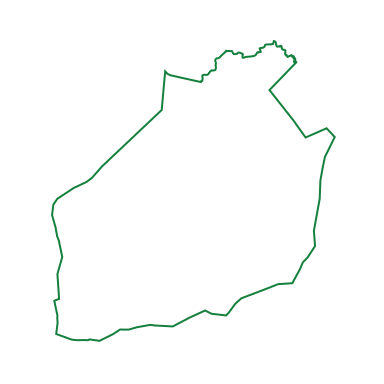 Zapotitlán Lagunas, Guerrero, Mexico, rotated 5°
{"feature_id": "50627088B79587676431474", "entity_name": "Zapotitlán Lagunas", "entity_type": "district", "adm_level": 2, "iso_a3": "MEX", "parent_name": "Mexico", "parent_adm1": "Guerrero", "projection": "albers", "projection_center": [-98.37, 17.786], "detail": "fine", "context": "isolated", "style": "outline", "palette": "green", "viewbox_px": 384, "rotation_deg": 5, "n_neighbors": 0, "source": "geoboundaries", "source_scale": "gbopen_adm2", "svg_char_len": 4747}
<svg xmlns="http://www.w3.org/2000/svg" viewBox="0 0 384 384"><g transform="rotate(5 192 192)"><path d="M90.7,349.6L97.5,348.9L101.3,348.7L102.7,347.8L112.9,348.3L125.8,340.4L132.3,335.3L140.9,334.6L148.7,331.6L162.0,328.0L166.8,328.2L184.6,327.6L199.8,317.8L215.4,308.9L222.1,311.6L236.8,312.0L239.2,308.9L244.7,299.8L250.4,293.6L253.3,292.2L275.0,281.7L285.8,276.3L299.9,274.1L306.3,259.4L308.5,252.5L312.9,247.1L319.3,235.1L316.8,220.0L319.8,187.7L318.9,169.2L320.1,156.1L321.3,145.7L329.4,124.8L320.5,116.8L300.4,127.8L286.3,111.3L260.3,83.7L284.6,53.7L284.3,53.2L284.2,53.0L283.8,52.7L283.5,52.7L283.3,52.8L283.1,53.0L282.9,53.4L282.7,53.5L282.4,53.6L282.2,53.3L282.2,53.1L282.3,53.0L282.3,52.8L282.5,52.5L282.6,52.2L283.0,51.8L283.1,51.5L283.3,51.2L283.2,50.9L283.2,50.7L283.1,50.4L283.1,50.0L282.9,49.8L282.6,49.7L282.4,49.8L282.2,50.1L281.8,50.3L281.6,50.2L281.5,49.8L281.5,49.7L281.7,49.2L281.7,48.9L281.8,48.5L281.6,48.1L281.4,48.0L281.1,47.8L280.8,47.8L280.6,47.8L280.5,48.0L280.3,48.3L280.1,48.3L279.9,48.4L279.7,48.3L279.7,48.2L279.6,47.9L279.7,47.6L279.4,47.2L279.2,47.0L278.9,47.1L278.6,47.2L278.4,47.3L278.1,47.5L277.7,47.8L277.4,47.9L277.0,48.1L276.7,48.3L276.5,48.5L276.3,48.7L275.9,49.0L275.6,49.1L275.4,48.9L275.1,48.8L274.9,48.4L274.8,48.2L274.7,47.9L274.4,47.4L274.0,47.2L273.7,47.5L273.5,47.3L273.2,47.1L272.9,46.8L272.8,46.6L272.8,46.3L272.7,46.1L272.7,45.8L272.6,45.5L272.7,45.3L272.9,44.9L272.8,44.5L272.8,44.2L272.8,43.5L272.7,43.0L272.4,42.7L272.2,42.5L271.9,42.3L271.5,42.4L271.2,42.4L270.6,42.4L270.2,42.1L269.8,41.9L269.3,41.7L269.1,41.5L269.0,41.3L268.9,41.0L268.9,40.8L268.8,40.3L268.8,39.8L268.5,39.5L268.4,39.1L268.2,38.8L267.9,38.6L267.6,38.7L267.3,38.7L267.3,39.0L267.2,39.1L267.1,39.3L266.9,39.4L266.6,39.5L266.4,39.5L266.2,39.4L265.8,39.4L265.4,39.5L264.5,39.8L264.2,39.7L263.9,39.6L263.7,39.4L263.5,39.1L263.4,38.7L263.0,38.0L262.8,37.3L262.7,36.9L262.6,36.5L262.5,36.0L262.4,35.6L262.1,35.3L261.8,35.1L261.4,34.7L260.9,34.5L260.5,34.4L260.3,34.6L260.2,34.9L260.2,35.1L260.2,35.6L260.1,36.1L260.0,36.6L259.9,37.0L259.9,37.4L259.7,37.5L259.4,37.6L259.1,37.6L258.8,37.7L258.4,37.8L258.1,37.9L257.7,37.9L257.5,38.1L257.3,38.1L256.7,38.2L256.1,38.2L254.7,38.4L254.2,38.5L253.7,38.5L253.3,38.6L252.9,38.7L252.5,38.8L252.2,39.0L251.9,39.3L251.8,39.6L251.8,39.9L251.7,40.3L251.7,40.7L251.5,41.1L251.1,41.4L250.8,41.6L250.6,41.8L250.3,42.0L250.1,42.1L249.8,42.1L249.4,42.2L249.1,42.3L248.6,42.4L248.1,42.5L247.7,42.6L247.3,42.7L247.0,43.0L246.9,43.4L247.1,43.7L247.2,43.8L247.3,44.2L247.6,44.6L247.8,45.2L248.0,45.7L248.2,46.1L248.3,46.5L248.1,46.6L247.8,46.7L247.5,46.7L247.1,46.7L246.8,46.9L246.4,46.8L246.0,47.2L245.6,47.0L245.1,47.2L244.7,47.5L244.4,48.0L244.4,48.3L244.2,48.5L244.0,49.1L243.8,49.5L243.5,49.9L243.3,50.2L243.0,50.5L242.5,50.7L242.1,50.9L241.7,51.1L241.3,51.3L240.8,51.3L240.3,51.6L239.8,51.6L239.4,51.7L238.3,52.0L237.8,52.1L237.3,52.1L236.8,52.2L236.3,52.3L235.5,52.5L234.4,52.6L233.4,53.0L233.0,53.1L232.6,53.3L232.3,53.5L231.6,53.8L231.0,53.8L230.8,53.8L230.7,53.6L230.6,53.4L230.5,53.0L230.4,52.7L230.4,52.3L230.5,51.9L230.6,51.5L230.6,50.9L230.6,50.2L230.3,49.9L229.7,49.9L229.1,49.6L228.5,49.4L228.0,49.2L227.5,49.1L226.9,49.0L226.3,49.1L225.8,49.2L225.4,49.5L225.2,49.8L225.0,50.1L224.7,50.4L224.1,50.6L223.3,50.8L222.8,50.9L222.1,50.9L221.6,50.9L221.3,50.5L220.9,50.2L220.6,50.0L220.4,49.6L220.2,49.2L219.9,48.7L219.7,48.3L219.0,48.2L218.4,48.2L218.1,48.3L217.5,48.3L217.0,48.3L216.5,48.3L216.0,48.5L215.6,48.5L214.6,48.5L214.2,48.4L213.8,48.3L213.6,48.7L213.5,49.1L213.0,49.7L212.5,49.9L212.3,50.3L212.1,50.7L211.6,51.1L210.8,51.9L210.5,52.3L210.2,52.7L209.5,53.3L209.1,53.9L208.6,54.5L207.7,55.7L206.7,56.3L206.0,56.5L205.1,56.7L204.6,57.0L204.0,57.7L203.8,58.0L203.6,59.0L203.7,59.5L204.0,59.9L204.3,60.5L204.5,61.1L204.5,61.6L204.6,62.5L204.5,63.1L204.5,63.9L204.6,64.4L204.7,64.9L205.0,65.5L205.0,66.0L205.0,66.5L204.8,67.8L204.5,68.5L204.1,68.7L203.6,68.8L202.9,69.0L202.4,69.2L201.9,69.2L201.2,69.0L200.6,69.5L199.9,70.2L199.5,70.5L199.1,71.2L198.6,71.8L198.4,72.4L197.9,73.3L197.4,73.6L196.9,74.0L196.1,74.1L194.8,74.1L193.4,74.2L192.7,74.5L192.2,75.0L192.3,75.9L192.3,76.5L192.6,77.2L192.7,78.2L192.5,79.1L192.6,79.9L192.5,80.5L192.2,80.7L191.4,80.8L191.2,81.7L173.1,79.3L160.5,77.6L159.5,77.3L159.0,77.1L158.2,76.8L157.6,76.5L157.1,76.2L156.6,75.9L156.2,75.5L155.6,74.8L155.1,74.5L154.8,74.2L154.7,87.2L154.7,105.9L154.7,112.9L135.8,134.2L123.9,147.6L111.8,161.2L100.1,174.4L90.9,186.9L90.4,187.3L86.0,191.2L76.2,196.9L74.1,198.1L58.4,210.5L55.0,216.6L54.6,227.2L59.2,239.2L61.5,247.8L63.6,252.1L68.4,268.0L65.1,285.6L68.9,310.0L64.3,312.4L68.7,326.8L68.8,329.5L69.5,334.1L69.1,345.3L84.5,349.4L86.3,349.6L90.7,349.6Z" fill="none" stroke="#15803d" stroke-width="2"/></g></svg>